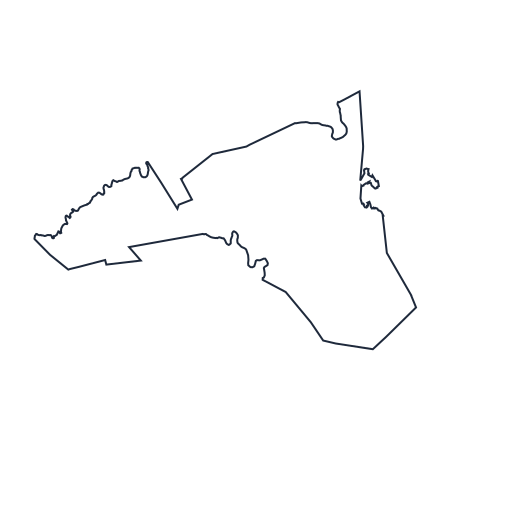 the district of San Gabriel Mixtepec, Oaxaca, Mexico, rotated 147°
{"feature_id": "50627088B96439239090131", "entity_name": "San Gabriel Mixtepec", "entity_type": "district", "adm_level": 2, "iso_a3": "MEX", "parent_name": "Mexico", "parent_adm1": "Oaxaca", "projection": "equal_earth", "projection_center": [-97.031, 16.061], "detail": "fine", "context": "isolated", "style": "outline", "palette": "slate", "viewbox_px": 512, "rotation_deg": 147, "n_neighbors": 0, "source": "geoboundaries", "source_scale": "gbopen_adm2", "svg_char_len": 6152}
<svg xmlns="http://www.w3.org/2000/svg" viewBox="0 0 512 512"><g transform="rotate(147 256 256)"><path d="M147.2,138.7L144.6,187.3L127.7,220.9L127.2,220.6L126.8,225.0L127.7,226.7L128.4,227.7L128.5,227.7L128.6,228.9L128.4,229.7L128.8,230.1L129.1,230.6L129.3,230.8L129.6,231.3L129.9,231.5L130.5,231.2L131.0,232.5L131.8,232.2L131.9,232.6L132.9,232.7L133.0,234.3L132.0,236.9L131.4,239.7L133.6,240.0L133.4,238.9L134.5,237.4L135.6,237.8L136.0,237.0L135.9,236.6L136.9,236.4L137.1,236.6L137.2,236.8L138.1,237.5L138.1,238.4L138.0,240.4L137.9,240.9L137.6,241.2L137.4,241.1L137.4,241.5L138.6,242.2L137.1,247.3L129.3,257.7L129.2,256.9L127.5,256.5L127.1,257.0L125.4,257.0L124.4,257.1L123.5,256.5L123.2,256.0L122.8,255.9L122.9,256.2L122.7,256.6L122.3,256.9L120.3,256.7L121.4,255.7L119.9,254.8L120.6,252.3L120.4,251.2L120.2,250.8L120.0,250.1L119.9,249.4L119.3,247.6L119.1,247.5L118.2,247.5L118.1,247.4L118.0,247.2L116.9,247.1L116.8,247.9L116.0,248.0L114.9,247.7L112.9,252.5L113.1,252.8L113.9,252.6L114.2,252.9L114.5,253.1L114.7,253.6L114.6,254.0L114.4,260.2L115.8,259.2L117.6,263.0L117.5,263.3L117.3,263.3L117.3,263.7L116.4,263.8L116.2,265.2L115.9,265.8L115.6,266.3L114.3,267.6L114.7,267.9L114.9,268.2L115.5,268.8L115.6,269.1L117.3,269.6L117.5,269.4L118.0,269.6L118.7,269.1L120.0,266.3L125.9,263.2L127.1,262.7L127.5,262.5L107.9,287.5L106.3,289.8L79.5,337.7L97.5,339.2L102.5,339.7L103.2,340.5L103.9,340.1L104.7,339.3L105.0,338.9L105.2,338.0L105.2,337.4L105.4,335.8L105.5,333.6L106.0,333.1L106.6,332.3L107.3,331.1L107.4,330.5L108.6,327.4L109.1,326.7L110.9,323.4L111.0,321.4L110.8,320.1L110.5,319.5L110.3,317.7L110.2,316.7L110.2,315.0L110.5,313.6L112.2,310.8L113.6,309.5L114.5,309.2L115.3,308.9L115.9,308.9L116.4,308.8L118.2,308.5L120.1,308.7L121.4,309.0L122.3,309.0L123.5,309.6L124.9,309.8L125.7,310.2L126.2,311.0L126.9,312.1L127.1,312.7L127.3,314.3L127.2,315.1L126.7,315.7L126.1,316.3L125.5,316.9L124.4,317.6L123.3,319.1L122.9,320.0L122.6,321.0L122.7,322.0L122.8,323.0L123.2,323.9L124.8,325.9L125.2,326.4L126.0,326.8L126.8,327.8L127.8,328.6L129.1,329.8L129.9,331.1L130.6,332.6L132.1,334.0L134.2,335.3L135.5,336.2L136.5,336.7L137.9,337.7L138.8,338.6L140.1,340.2L141.5,341.3L142.4,341.7L145.3,343.4L146.4,343.9L150.3,345.6L150.9,346.2L200.8,352.8L204.4,353.0L220.4,359.0L236.9,365.2L275.1,361.6L275.7,361.1L276.3,361.4L276.9,361.5L279.0,338.2L292.9,341.1L296.2,338.4L295.6,369.2L295.6,371.0L295.6,393.7L296.2,394.2L297.0,394.2L297.6,393.6L297.7,392.7L297.5,391.7L297.9,390.8L298.3,388.7L298.8,388.2L298.9,387.4L299.4,386.4L300.2,385.8L300.8,385.2L301.4,384.6L301.9,383.9L303.2,382.8L303.8,382.5L304.5,382.3L305.2,382.3L306.1,382.4L307.0,383.1L307.6,383.4L308.0,384.2L308.5,384.8L308.4,386.6L308.1,388.0L307.9,388.9L307.5,389.8L307.4,390.7L307.0,391.4L306.3,392.1L306.1,392.9L306.3,393.9L307.7,394.7L308.3,395.2L308.8,395.3L309.3,395.9L310.2,396.1L312.0,396.6L312.5,396.2L313.6,395.8L314.1,395.1L315.1,394.7L315.6,394.4L316.6,393.4L317.4,392.4L318.0,391.8L318.4,391.5L319.4,391.0L320.6,390.9L321.7,391.1L323.8,391.9L324.7,392.1L325.5,392.2L326.3,392.2L326.9,392.1L327.7,392.5L328.2,392.6L330.1,393.6L330.8,393.7L331.6,393.6L332.3,393.8L332.6,394.4L332.9,395.0L333.5,395.6L333.8,396.1L334.4,397.3L335.6,397.0L336.2,396.5L336.8,395.9L337.3,395.6L337.5,395.2L338.5,394.5L339.2,393.4L339.9,393.3L341.0,393.5L341.9,394.2L342.3,395.4L342.6,396.7L343.1,397.3L343.6,397.7L344.0,397.8L344.5,397.8L345.2,397.6L346.8,396.3L347.3,395.2L347.5,394.2L348.2,392.7L348.6,392.2L348.8,391.7L349.1,391.3L349.9,391.3L350.4,390.7L350.9,390.7L351.6,391.3L352.1,392.2L352.3,393.1L352.9,394.4L353.8,395.1L355.7,394.8L356.1,394.4L356.9,394.2L357.7,394.1L358.7,394.2L359.6,394.3L360.6,394.3L361.6,393.9L362.3,393.1L363.4,392.6L364.2,392.2L365.3,392.0L365.9,391.3L366.4,391.1L367.6,391.3L368.2,391.1L368.6,391.1L369.1,391.5L369.7,391.1L372.3,391.9L376.6,392.7L377.6,392.6L379.6,391.7L380.4,391.1L381.1,391.1L382.2,391.7L382.8,392.3L383.5,393.4L383.6,394.4L384.2,395.2L385.1,395.1L385.2,393.8L384.8,393.1L385.4,392.7L386.9,392.6L387.9,392.7L388.6,392.5L389.4,391.9L389.8,391.4L390.1,390.0L390.6,389.5L391.5,389.3L391.7,390.0L391.8,390.8L392.3,391.4L392.8,393.0L393.4,393.2L393.8,393.1L394.7,392.2L395.1,391.3L395.3,390.5L396.0,389.3L396.0,388.6L396.2,387.8L396.2,386.9L396.5,386.0L397.1,385.7L398.8,387.0L400.3,387.0L401.4,386.8L404.1,385.3L404.9,384.5L405.5,383.7L406.5,382.4L406.7,381.5L407.3,381.5L407.9,381.7L408.1,382.9L407.9,383.8L408.3,384.3L410.7,382.8L411.7,382.2L412.9,382.3L413.5,382.2L414.3,382.3L414.6,382.8L415.0,382.7L415.2,381.9L415.7,381.2L416.5,381.3L417.0,382.0L416.9,382.9L416.6,384.1L416.7,385.2L417.2,385.7L417.8,385.9L418.4,386.5L418.9,386.7L419.6,387.2L420.3,387.3L421.5,387.5L422.4,387.9L423.1,388.8L423.7,389.5L424.5,390.0L425.0,390.8L425.9,391.1L427.2,392.3L427.7,393.7L428.3,394.2L428.9,394.0L429.4,393.6L430.3,393.5L431.5,392.1L432.1,391.6L432.5,390.8L428.1,369.2L420.8,346.8L419.4,346.5L410.3,343.3L384.7,334.8L386.2,330.3L355.1,314.9L357.6,332.6L288.6,303.5L288.3,303.0L287.8,302.7L287.6,302.4L286.9,302.2L286.3,301.9L285.9,301.5L285.8,301.0L285.7,300.4L284.9,299.1L284.4,297.9L283.4,296.2L282.2,294.9L280.2,293.1L279.1,292.6L278.9,292.2L278.6,292.0L277.2,291.9L276.7,291.8L276.1,291.0L275.5,290.6L275.2,289.9L274.6,289.3L274.4,289.0L273.9,288.8L273.5,288.4L273.4,285.9L273.7,284.3L273.9,282.9L273.7,281.7L272.9,280.2L272.2,280.0L270.4,280.3L269.6,281.4L268.9,282.6L267.8,283.8L267.1,284.2L266.2,285.0L265.3,285.5L264.5,286.3L264.0,287.5L263.3,288.2L262.3,288.7L261.5,288.9L260.9,288.5L260.4,287.6L260.0,286.7L259.8,285.3L259.8,284.1L260.0,283.1L261.4,281.1L262.4,280.4L263.3,279.2L264.1,277.6L264.3,276.7L263.9,275.0L263.6,273.7L263.4,272.2L262.9,271.0L261.6,269.1L260.9,267.6L260.8,266.5L262.2,260.9L264.4,256.9L266.5,254.3L267.5,252.4L266.7,249.7L265.1,248.5L263.1,248.3L260.9,250.0L258.8,252.0L257.4,252.0L255.2,250.3L253.2,249.9L251.0,249.6L249.7,248.7L249.7,245.7L250.0,243.5L251.3,242.1L252.9,242.1L254.8,242.2L256.0,241.6L256.7,239.9L257.9,237.2L259.2,235.0L261.1,233.7L262.3,233.9L263.4,232.4L250.7,209.6L246.1,170.6L245.7,148.5L236.8,139.2L208.8,114.2L191.0,117.3L149.8,125.7L147.3,138.7L147.2,138.7Z" fill="none" stroke="#1e293b" stroke-width="2"/></g></svg>